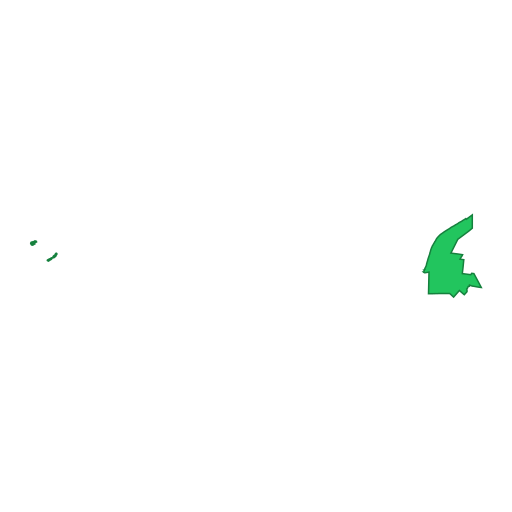 Celestún, Yucatán, Mexico (Mercator projection)
{"feature_id": "50627088B89618269520255", "entity_name": "Celestún", "entity_type": "district", "adm_level": 2, "iso_a3": "MEX", "parent_name": "Mexico", "parent_adm1": "Yucatán", "projection": "mercator", "projection_center": [-91.266, 20.922], "detail": "fine", "context": "isolated", "style": "filled", "palette": "green", "viewbox_px": 512, "rotation_deg": 0, "n_neighbors": 0, "source": "geoboundaries", "source_scale": "gbopen_adm2", "svg_char_len": 4596}
<svg xmlns="http://www.w3.org/2000/svg" viewBox="0 0 512 512"><path d="M428.5,293.7L432.6,293.7L435.7,293.6L437.9,293.6L438.4,293.5L449.6,293.5L450.2,293.9L453.6,297.1L459.4,290.5L463.4,294.0L464.3,294.7L466.4,292.4L467.0,291.7L467.0,291.2L467.0,290.4L467.0,290.2L466.7,289.0L467.0,288.8L467.2,288.4L467.4,288.2L467.6,287.9L467.7,287.6L468.0,286.9L468.2,286.5L468.3,286.5L468.4,286.4L468.5,286.4L469.1,286.4L469.3,286.3L469.4,286.2L469.5,285.1L470.4,285.4L470.9,285.6L471.3,285.8L471.7,285.9L471.9,285.9L472.1,286.0L472.3,286.1L473.4,286.2L477.1,286.9L480.3,287.4L481.3,287.5L473.9,273.6L471.7,273.3L470.8,274.7L462.3,273.6L463.0,267.7L463.8,259.7L460.0,259.2L461.1,257.2L462.1,255.8L462.6,254.7L458.0,254.0L450.9,253.1L457.8,239.3L468.8,231.1L472.3,228.2L472.3,214.9L466.3,219.3L465.8,218.6L464.6,219.4L464.0,219.8L463.7,219.9L463.6,220.0L462.9,220.4L462.7,220.5L462.2,220.9L461.6,221.3L461.4,221.4L461.3,221.5L460.8,221.7L460.3,222.0L459.4,222.4L459.1,222.6L458.8,222.8L458.7,222.9L458.5,223.0L458.2,223.3L457.6,223.7L457.1,224.0L456.5,224.3L455.8,224.7L455.3,224.9L455.0,225.2L454.7,225.4L453.7,226.0L452.7,226.5L452.3,226.7L451.4,227.2L450.9,227.5L450.7,227.7L450.2,228.1L449.8,228.3L449.4,228.6L448.8,229.0L448.1,229.4L447.9,229.5L446.6,230.3L445.8,230.8L445.3,231.2L444.8,231.4L444.1,231.9L442.9,232.8L442.6,233.0L441.6,233.7L441.1,234.0L440.6,234.4L440.4,234.5L440.0,234.9L439.7,235.2L439.5,235.4L439.2,235.7L438.8,236.1L438.6,236.3L438.3,236.6L438.0,237.0L437.9,237.1L437.6,237.4L437.0,238.1L436.8,238.4L436.5,238.8L436.1,239.6L436.0,239.8L435.8,240.1L435.6,240.6L435.3,241.1L434.8,241.7L434.7,242.0L434.0,243.2L433.4,244.2L432.8,245.3L432.7,245.5L432.3,246.0L432.2,246.2L432.1,246.7L431.7,247.4L431.6,247.6L431.4,248.2L431.3,248.5L431.1,249.0L430.9,249.5L430.8,249.8L430.8,250.0L430.6,250.5L430.3,251.8L429.9,252.9L429.8,253.4L429.8,253.6L429.8,253.8L429.4,254.9L428.5,257.5L427.9,259.3L427.8,259.9L427.7,260.2L427.6,260.3L427.6,260.6L427.5,261.1L427.4,261.4L427.1,262.0L427.0,262.5L426.8,263.3L426.6,263.8L426.6,264.0L426.5,264.6L426.2,265.7L425.9,266.5L425.1,268.0L424.8,268.8L424.5,269.3L424.3,269.6L424.3,269.8L424.0,269.8L424.3,269.8L424.2,269.9L424.2,270.0L424.2,270.3L424.3,270.5L424.3,270.4L424.2,270.3L424.3,270.3L424.3,270.5L424.2,270.6L424.1,270.8L424.1,271.0L424.1,271.3L423.8,271.8L423.5,272.0L423.4,272.0L423.7,272.3L423.9,272.4L424.8,272.8L429.0,272.1L428.5,293.7ZM35.6,241.2L35.4,241.0L35.2,241.1L34.9,241.3L34.8,241.2L34.7,241.0L34.4,241.2L34.1,241.5L33.9,241.7L33.8,241.8L33.7,242.0L33.4,242.2L33.2,242.2L33.3,242.0L33.4,241.9L33.5,241.8L33.5,241.7L33.3,241.6L33.2,241.6L33.0,241.8L32.9,242.1L32.9,242.3L32.8,242.2L32.6,242.2L32.5,242.3L32.4,242.2L32.1,242.4L32.0,242.2L31.9,242.0L31.7,242.1L31.2,242.2L31.0,242.4L31.0,242.5L31.0,242.8L30.9,242.9L30.8,243.1L30.7,243.2L30.7,243.3L30.8,243.3L31.1,243.4L31.4,243.3L31.5,243.2L32.4,243.2L32.6,243.1L32.8,243.0L33.2,242.9L33.3,242.8L33.5,242.8L33.6,243.1L33.5,243.3L33.2,243.2L33.0,243.3L32.9,243.4L32.9,243.5L32.6,243.5L32.2,243.8L31.9,243.7L31.7,243.8L31.2,244.1L31.1,244.4L31.1,244.5L31.3,244.7L31.5,244.8L31.8,244.6L32.0,244.6L32.1,244.8L32.0,245.1L32.3,245.2L32.6,245.1L32.8,245.0L33.1,244.9L33.3,244.9L33.5,244.7L33.8,244.5L34.0,244.4L34.4,244.1L34.6,244.0L34.8,243.9L34.7,243.8L34.6,243.7L34.5,243.4L34.5,243.2L34.6,242.9L34.8,242.7L35.1,242.5L35.3,242.4L35.5,242.3L35.9,242.3L35.9,242.1L35.8,241.9L35.8,241.7L36.0,241.7L36.3,241.7L36.5,241.7L36.4,241.3L36.1,241.2L35.9,241.2L35.7,241.2L35.6,241.2ZM55.7,255.3L56.0,255.2L56.2,254.9L56.5,254.8L56.7,254.5L56.9,254.2L56.9,253.8L56.8,253.5L56.5,253.3L56.4,253.2L56.2,253.2L55.9,253.3L55.8,253.5L55.7,253.8L55.3,254.0L55.2,254.2L55.2,254.5L55.2,254.9L55.2,255.0L55.2,255.3L55.0,255.2L54.8,255.2L54.3,255.3L54.1,255.5L53.9,255.7L53.7,255.8L53.5,256.0L53.3,256.2L53.2,256.4L53.1,256.5L53.0,256.8L53.3,256.8L53.7,256.5L53.8,256.6L53.7,256.9L53.5,257.0L53.4,257.1L53.3,257.3L53.3,257.6L53.4,257.8L53.6,257.8L53.8,257.8L53.9,257.6L54.0,257.5L54.4,257.3L54.6,257.2L54.9,257.0L55.4,256.5L55.6,256.3L55.9,256.0L56.0,255.9L55.9,255.7L55.6,255.7L55.5,255.4L55.7,255.3ZM51.6,259.0L51.7,258.9L52.0,258.5L52.1,258.3L52.1,258.1L51.9,257.9L51.5,257.8L51.4,257.8L51.2,257.9L51.0,258.1L50.9,258.2L50.8,258.4L50.7,258.5L50.4,258.5L50.2,258.7L49.8,258.8L49.4,258.9L49.2,259.0L48.5,259.4L48.4,259.5L48.1,259.6L47.5,260.0L47.3,260.2L47.3,260.4L47.4,260.6L47.6,260.7L47.8,260.8L48.4,261.1L48.6,261.1L48.7,260.8L48.8,260.7L49.0,260.7L49.3,260.5L49.5,260.2L50.0,260.1L50.4,259.9L50.8,259.7L51.0,259.1L51.4,259.2L51.5,259.2L51.6,259.0Z" fill="#22c55e" stroke="#15803d" stroke-width="1.5"/></svg>